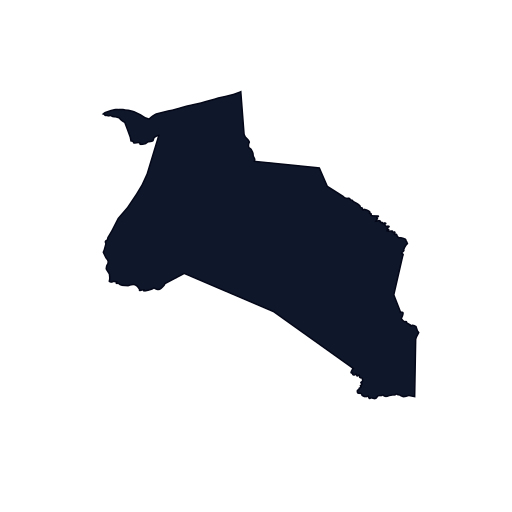 the district of San Francisco del Valle, Ocotepeque, Honduras, rotated 70°
{"feature_id": "27666195B97087706022026", "entity_name": "San Francisco del Valle", "entity_type": "district", "adm_level": 2, "iso_a3": "HND", "parent_name": "Honduras", "parent_adm1": "Ocotepeque", "projection": "equal_earth", "projection_center": [-88.98, 14.422], "detail": "fine", "context": "isolated", "style": "filled", "palette": "ink", "viewbox_px": 512, "rotation_deg": 70, "n_neighbors": 0, "source": "geoboundaries", "source_scale": "gbopen_adm2", "svg_char_len": 6092}
<svg xmlns="http://www.w3.org/2000/svg" viewBox="0 0 512 512"><g transform="rotate(70 256 256)"><path d="M96.4,214.1L96.5,215.2L96.5,221.8L95.6,230.5L94.6,237.5L94.5,241.0L93.7,250.3L93.4,255.4L91.5,269.6L90.4,284.7L89.7,288.7L88.4,301.2L88.6,302.6L89.2,305.4L90.0,307.8L90.8,309.6L88.1,313.0L83.8,316.3L78.8,321.2L77.8,322.5L75.4,326.1L74.2,328.8L73.0,330.6L72.4,332.0L71.2,335.5L70.5,337.2L70.2,338.3L70.0,339.8L69.7,342.6L69.6,348.7L69.8,349.5L70.3,351.0L70.4,350.9L70.5,350.4L70.7,350.2L71.8,349.9L72.4,349.5L73.1,347.5L73.6,347.2L73.8,346.8L74.0,346.0L74.1,345.1L74.2,344.6L75.9,343.0L76.5,341.9L77.3,340.1L79.1,337.7L79.8,337.1L81.3,336.6L83.0,335.6L84.3,334.7L85.5,333.6L93.5,333.5L101.4,333.5L105.1,334.1L105.6,333.2L106.4,332.3L106.9,332.1L107.6,332.3L108.0,332.1L108.4,331.1L109.0,328.3L109.6,326.8L109.8,326.6L110.2,326.4L110.8,326.7L111.1,326.7L111.4,326.6L111.6,326.3L112.2,324.4L112.6,321.6L112.6,321.3L111.7,318.4L112.0,317.7L112.5,314.9L112.5,313.7L112.0,313.0L110.9,312.2L109.9,311.3L109.4,309.4L109.2,307.7L109.5,306.1L141.7,330.2L150.3,338.7L157.1,347.1L166.6,360.1L173.6,372.6L183.1,382.8L185.9,386.2L188.0,388.8L189.8,390.0L190.2,390.7L190.4,391.9L190.8,392.5L191.4,392.8L192.6,392.8L193.4,393.0L198.5,396.6L200.0,398.0L200.3,398.2L206.3,397.6L208.8,396.8L210.2,396.7L211.1,397.0L212.1,397.5L212.8,398.0L213.7,399.2L214.4,399.8L215.6,400.5L216.8,401.1L217.8,401.0L222.8,399.9L226.6,400.9L228.1,401.6L229.5,402.5L230.3,402.0L230.9,401.1L231.2,400.2L231.1,399.0L231.1,398.7L232.6,395.7L232.8,395.5L233.0,395.6L233.1,395.8L233.2,396.3L233.4,396.5L233.7,396.6L233.9,396.5L234.2,396.1L234.4,395.1L234.7,394.6L235.2,394.2L236.4,393.5L237.3,392.4L238.0,391.3L240.1,386.5L240.2,385.9L240.2,384.1L240.5,382.3L240.9,380.8L241.5,379.8L242.1,379.1L242.7,378.7L243.7,378.0L244.7,377.6L247.1,376.9L247.7,376.9L248.4,377.2L248.7,377.0L248.8,376.6L249.0,374.5L249.4,372.8L249.5,372.7L249.8,372.8L249.9,373.4L250.3,373.4L250.6,372.8L250.9,371.9L251.3,368.9L251.5,365.2L251.4,364.4L251.2,363.3L251.2,362.8L251.5,362.4L252.4,361.7L253.5,360.4L253.9,359.8L254.1,359.1L254.3,358.3L254.2,357.3L253.9,356.2L253.2,354.6L252.1,352.4L250.8,351.0L247.8,329.4L314.4,258.4L395.0,203.0L395.3,203.9L396.8,205.6L397.8,206.5L398.4,206.5L398.7,206.2L398.8,205.6L398.9,205.4L399.7,205.6L400.3,205.6L400.8,205.4L401.2,205.0L401.4,204.5L401.4,204.0L401.4,203.1L401.1,202.5L401.2,202.3L403.2,202.1L403.4,201.9L403.4,201.7L403.1,200.9L403.1,199.8L403.3,199.7L404.3,200.0L405.5,200.0L406.3,199.3L406.8,198.2L407.6,198.0L409.1,198.3L410.1,198.8L410.4,199.1L410.4,200.0L410.7,200.7L411.4,200.7L412.3,200.2L412.7,200.2L413.0,200.5L413.5,202.2L414.2,202.3L414.7,201.9L415.0,202.0L415.4,202.9L415.5,204.0L415.6,204.3L416.5,204.8L416.7,205.3L416.8,206.1L416.9,206.5L417.3,206.9L417.8,207.1L418.7,207.3L419.5,207.2L420.1,206.5L420.4,205.8L420.7,204.9L421.0,204.4L422.1,203.9L423.2,204.0L424.0,203.4L425.2,202.2L426.0,200.0L425.7,198.8L425.7,198.5L427.9,198.4L428.6,198.2L428.8,197.7L428.6,196.7L428.8,196.0L430.6,193.4L430.7,192.5L430.6,191.6L429.2,189.4L429.1,189.0L429.4,187.6L430.0,186.0L430.1,185.5L429.9,184.7L430.1,184.2L430.4,183.8L431.0,183.7L431.4,183.4L432.1,182.5L432.5,181.6L432.7,180.6L432.7,178.4L433.1,176.2L433.3,175.0L434.0,173.2L434.0,172.6L433.7,171.8L433.8,171.2L434.1,170.7L434.6,170.4L434.9,170.1L435.1,169.7L435.3,169.1L435.5,168.7L436.9,167.6L438.6,165.7L438.8,164.9L439.1,163.4L439.2,161.8L439.3,160.1L442.4,155.0L388.8,134.4L386.9,132.9L384.1,129.8L383.5,129.3L381.6,129.9L377.0,129.8L375.5,131.2L374.6,132.6L374.5,133.2L374.8,134.1L374.8,134.4L374.6,134.6L374.3,134.8L373.8,134.5L373.5,134.6L370.7,137.0L370.3,137.2L369.5,137.1L369.1,137.2L368.8,137.7L368.6,138.7L368.3,139.2L367.0,140.0L365.0,140.8L364.6,140.8L364.2,140.6L362.3,138.8L360.7,137.7L359.8,137.3L359.3,137.4L358.8,137.9L358.5,138.6L358.3,139.4L339.6,139.8L306.1,118.1L305.3,117.4L304.9,117.2L304.5,117.3L304.0,117.6L303.5,118.3L303.0,118.3L302.7,117.9L302.2,116.5L301.6,115.3L301.3,115.1L300.7,115.1L300.4,114.9L298.9,113.6L297.2,111.5L296.6,110.5L296.2,109.5L294.4,109.5L293.1,109.9L292.7,109.7L292.2,109.7L291.3,109.9L289.7,111.7L288.6,113.3L288.1,114.3L287.7,115.5L287.3,115.9L285.6,116.5L284.2,116.5L283.7,116.7L283.4,117.0L283.5,117.7L283.4,118.1L283.2,118.4L282.9,118.6L282.6,118.6L282.3,118.4L281.9,117.7L281.6,117.5L281.2,117.4L280.8,117.6L280.6,118.1L280.5,119.1L280.3,119.6L280.1,119.8L279.8,119.8L279.2,119.4L279.0,119.6L278.2,122.7L277.7,123.8L277.4,124.3L277.0,124.3L276.8,124.0L276.8,123.6L277.1,123.0L276.9,122.5L276.7,122.3L276.4,122.4L276.2,122.6L276.1,123.1L276.0,123.3L275.8,123.4L275.4,123.4L274.8,122.9L274.4,122.4L274.2,121.9L274.1,121.1L273.9,120.9L273.5,121.0L273.2,121.5L272.8,122.7L272.6,123.7L272.3,123.9L271.2,124.3L270.4,124.4L270.1,124.1L270.1,123.4L270.0,123.1L269.7,122.9L269.4,123.1L269.0,123.6L268.9,123.9L268.9,124.4L269.2,125.1L269.1,125.5L268.6,125.9L268.0,125.7L267.7,125.9L267.4,126.4L267.4,127.2L267.2,127.5L266.7,127.6L266.2,127.3L265.9,127.3L265.3,127.6L264.9,128.1L264.6,128.9L264.7,130.5L264.3,131.7L264.1,131.5L263.2,130.2L262.4,129.1L262.0,129.1L261.4,129.5L260.8,129.3L260.7,129.0L260.6,128.7L260.8,128.0L260.8,127.7L260.5,127.4L260.2,127.5L258.3,132.3L257.8,133.2L257.3,133.9L256.9,134.0L256.3,133.5L255.8,133.4L255.3,133.7L255.0,134.5L254.7,134.8L254.3,134.7L253.9,134.1L253.6,134.0L253.1,134.2L252.4,134.6L250.9,136.0L250.5,136.4L250.1,137.3L249.4,137.8L249.3,138.3L249.4,139.3L249.3,139.6L249.1,139.9L248.7,140.1L247.9,139.7L247.4,139.7L247.0,140.1L246.5,140.8L246.1,141.1L245.6,141.3L244.7,141.2L244.1,141.3L241.9,142.6L237.9,146.1L237.5,146.3L236.9,146.3L236.5,146.6L235.9,147.6L235.5,148.0L235.0,148.2L234.2,148.3L233.8,148.6L233.4,149.1L233.1,150.4L232.8,151.2L232.2,152.1L231.5,152.8L230.6,153.4L229.7,153.8L214.9,165.2L194.9,166.4L166.5,225.2L165.4,224.4L164.6,224.1L163.7,224.1L161.5,224.4L160.6,224.3L158.8,223.8L157.3,223.7L154.2,224.1L153.3,224.5L152.0,225.5L151.5,225.6L150.9,225.6L150.2,225.5L148.9,225.0L147.9,224.4L146.8,223.4L146.0,223.3L144.0,223.8L140.4,225.4L139.2,225.5L137.6,225.6L96.4,214.1Z" fill="#0f172a" stroke="#020617" stroke-width="1.5"/></g></svg>